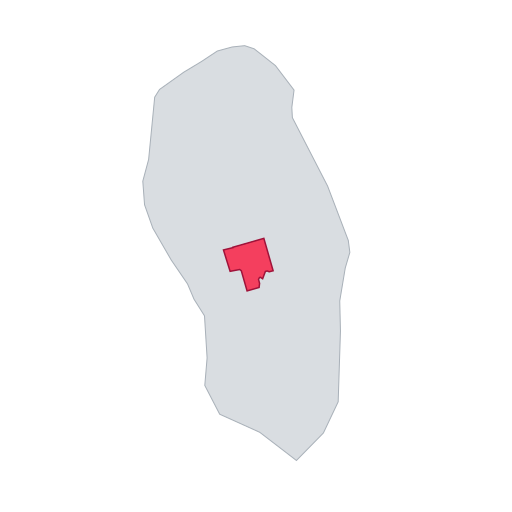 80, Ar Rayyān, Qatar shown in context, rotated 164°
{"feature_id": "91078587B61034229486760", "entity_name": "80", "entity_type": "district", "adm_level": 2, "iso_a3": "QAT", "parent_name": "Qatar", "parent_adm1": "Ar Rayyān", "projection": "natural_earth1", "projection_center": [51.221, 25.39], "detail": "fine", "context": "in_parent", "style": "filled", "palette": "rose", "viewbox_px": 512, "rotation_deg": 164, "n_neighbors": 0, "source": "geoboundaries", "source_scale": "gbopen_adm2", "svg_char_len": 913}
<svg xmlns="http://www.w3.org/2000/svg" viewBox="0 0 512 512"><g transform="rotate(164 256 256)"><path d="M274.8,452.6L255.1,457.9L236.7,463.7L221.3,463.5L208.9,461.3L200.7,455.7L184.8,433.6L173.7,405.0L180.6,389.0L182.9,379.0L167.9,303.5L163.0,245.5L164.8,233.6L173.5,219.9L187.9,189.7L195.5,160.6L217.2,93.2L240.0,67.3L273.5,48.3L301.0,85.5L334.5,113.9L340.9,145.7L331.1,171.5L322.0,212.7L327.5,231.6L329.5,248.0L338.6,275.5L347.5,311.2L349.0,336.0L344.2,359.1L332.6,378.4L309.6,436.6L302.8,442.7L274.8,452.6Z" fill="#d9dde1" stroke="#a8b0b8" stroke-width="1"/><path d="M274.2,224.9L261.7,224.9L260.1,228.7L260.0,232.9L258.6,234.3L257.8,234.4L255.9,232.3L251.2,238.6L249.3,238.5L247.7,237.2L243.6,237.1L243.6,257.5L243.6,270.8L271.6,270.8L275.8,270.8L275.8,270.4L285.6,270.8L285.4,260.5L285.1,248.4L275.4,247.5L274.2,245.9L274.2,229.3L274.2,224.9Z" fill="#f43f5e" stroke="#9f1239" stroke-width="1.5"/></g></svg>